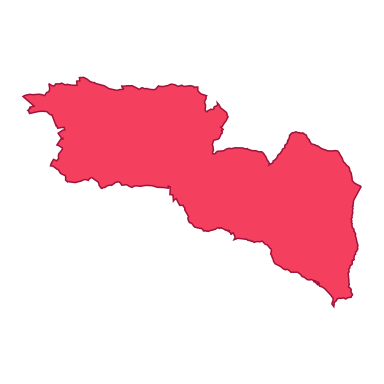 outline of Covasna, Covasna, Romania
{"feature_id": "2599482B78914670326666", "entity_name": "Covasna", "entity_type": "district", "adm_level": 2, "iso_a3": "ROU", "parent_name": "Romania", "parent_adm1": "Covasna", "projection": "albers", "projection_center": [26.263, 45.799], "detail": "fine", "context": "isolated", "style": "filled", "palette": "rose", "viewbox_px": 384, "rotation_deg": 0, "n_neighbors": 0, "source": "geoboundaries", "source_scale": "gbopen_adm2", "svg_char_len": 5955}
<svg xmlns="http://www.w3.org/2000/svg" viewBox="0 0 384 384"><path d="M333.8,306.6L334.2,303.9L334.0,302.8L336.5,300.5L337.0,298.9L339.0,298.3L341.9,298.3L343.4,297.7L345.1,298.8L346.2,298.9L347.3,297.8L351.2,297.2L351.4,296.2L352.5,295.0L352.5,294.5L350.8,291.7L351.2,290.8L351.1,289.2L349.9,287.8L348.5,286.9L349.3,284.2L348.8,282.3L348.9,280.4L348.1,272.9L349.1,271.9L348.7,269.3L349.7,268.2L350.2,265.5L351.4,265.0L352.2,264.1L352.2,260.5L353.5,260.2L354.2,259.5L353.9,258.2L354.4,255.2L355.5,254.3L355.7,251.8L356.7,251.3L357.0,250.1L357.8,249.0L357.4,246.8L357.9,246.0L357.9,245.1L357.2,243.2L355.9,237.2L355.3,235.8L355.7,234.1L354.2,231.3L353.7,231.0L354.1,229.9L353.7,228.9L352.3,227.5L351.9,224.5L352.2,223.4L351.3,222.2L351.8,221.1L351.8,220.4L351.0,219.1L352.1,217.8L351.9,215.4L352.3,214.8L352.5,213.4L352.8,212.8L352.4,210.6L353.0,208.5L352.4,207.2L353.2,206.1L352.8,205.5L353.2,204.2L353.5,201.1L354.2,199.3L361.0,186.8L359.8,185.6L358.5,185.3L354.3,182.9L352.5,180.9L352.1,179.7L352.1,178.1L351.2,173.1L349.7,170.5L349.6,168.8L349.3,167.9L348.5,166.7L346.3,165.1L345.6,163.8L343.7,162.0L343.1,161.0L342.2,158.2L339.6,153.9L339.3,153.0L337.7,151.0L335.4,150.6L330.9,151.0L327.9,150.8L321.6,148.6L317.5,145.8L316.6,145.8L315.2,144.9L311.2,143.8L310.2,141.8L309.4,141.2L309.5,140.0L307.1,137.7L306.5,135.5L306.0,134.9L303.9,133.8L303.6,133.2L303.0,133.3L302.5,132.9L300.7,133.3L299.7,132.6L298.6,132.8L295.8,131.8L294.1,132.6L292.3,132.7L291.4,133.7L290.7,133.9L290.2,134.9L289.5,135.3L289.6,136.1L288.8,139.2L287.7,140.3L288.0,141.2L287.2,142.0L287.4,143.1L284.8,145.3L284.7,146.1L285.0,147.5L284.8,147.8L282.5,149.1L281.7,151.5L280.7,152.3L280.4,153.3L279.3,153.9L277.9,155.2L276.8,158.0L274.5,160.2L273.2,160.9L272.9,162.7L269.0,164.9L269.5,163.5L267.7,160.5L267.1,160.0L265.9,156.8L264.1,154.4L263.8,153.6L261.8,151.8L258.4,151.7L255.9,150.7L252.0,150.6L248.2,149.4L247.4,148.6L246.1,148.9L244.0,148.6L243.2,148.0L236.6,147.8L234.3,147.9L231.9,148.6L228.7,148.3L226.1,149.2L223.6,150.8L217.4,151.3L215.9,152.4L215.8,153.0L215.3,153.5L214.5,153.8L213.6,154.0L212.7,153.6L212.7,151.9L213.5,150.3L213.3,149.5L213.1,147.0L212.3,144.3L212.8,143.3L213.1,141.8L213.8,140.2L218.0,139.2L219.1,138.5L221.1,134.1L222.1,133.3L222.2,131.6L221.5,130.4L222.8,129.9L223.2,129.3L222.0,128.6L221.6,127.5L220.9,127.1L222.2,126.5L224.7,122.4L225.5,121.7L228.0,117.0L228.0,116.5L227.0,115.4L227.1,114.0L226.8,113.1L225.8,111.9L220.6,107.8L219.1,104.9L217.3,102.8L217.6,104.6L217.2,105.4L216.9,105.8L214.5,106.6L213.9,107.5L214.0,108.6L213.7,109.2L211.9,109.5L210.7,109.2L209.7,110.0L208.0,110.6L206.9,111.9L206.5,111.7L205.2,110.4L205.2,108.7L205.5,107.3L205.5,104.6L204.8,103.4L204.6,102.6L205.0,100.5L206.1,98.8L206.0,96.7L206.6,95.7L201.4,94.1L199.8,92.9L197.8,90.7L197.8,87.0L195.5,87.1L194.4,87.5L194.3,87.1L193.2,86.3L190.4,85.7L184.4,86.4L183.3,86.2L181.8,85.2L178.0,86.4L174.8,84.7L171.2,84.1L167.6,85.6L163.3,86.5L160.0,86.4L158.4,85.9L155.5,89.3L153.5,89.7L148.9,89.2L146.9,88.5L144.8,88.8L142.3,87.7L141.2,88.0L139.5,89.4L132.1,85.7L126.9,85.8L124.6,86.2L121.8,86.0L122.2,87.5L123.5,88.5L123.1,89.3L119.4,89.6L117.1,90.4L108.9,88.6L104.4,85.8L96.1,83.6L94.2,82.5L93.2,82.6L90.4,81.7L86.7,78.9L83.7,77.4L79.4,77.6L79.8,80.9L76.7,81.1L77.0,85.3L71.7,85.2L67.1,84.3L65.6,85.0L61.4,83.1L60.2,83.9L55.6,83.9L54.6,85.7L53.5,86.1L51.5,85.3L49.2,83.9L49.0,84.4L49.7,88.6L49.0,91.5L46.6,92.6L44.6,95.7L43.1,95.0L39.7,94.2L32.5,94.7L29.5,94.3L24.7,95.5L23.0,96.5L34.1,106.1L29.9,107.2L30.3,108.3L29.5,108.5L29.6,108.8L29.2,109.0L28.7,109.9L27.8,110.4L28.7,111.3L29.5,113.5L38.6,111.5L42.4,111.2L46.8,111.6L49.3,114.0L51.3,115.1L51.9,114.9L56.1,125.7L56.4,125.5L57.8,128.3L60.3,127.7L64.1,127.4L64.7,129.9L62.7,130.2L58.1,133.2L61.8,138.6L62.8,138.2L62.9,139.0L60.7,139.3L56.9,145.0L58.2,145.3L62.3,147.9L62.3,149.4L58.6,154.1L58.4,156.8L58.7,158.3L56.7,160.8L53.5,159.4L51.2,163.4L50.5,165.9L52.9,166.1L57.3,169.4L58.4,169.8L60.5,173.4L65.1,175.6L65.6,176.3L65.6,180.2L67.6,181.9L67.9,181.6L75.1,182.6L81.6,180.9L83.3,179.9L84.4,179.6L86.0,179.6L88.4,180.4L88.8,179.5L90.1,178.3L91.5,177.6L92.5,177.9L93.7,179.0L98.1,182.0L98.8,183.6L99.2,185.6L101.3,188.3L102.0,188.4L102.7,187.8L105.0,187.4L107.2,185.8L110.6,185.0L111.6,185.4L115.3,182.6L118.4,181.7L120.2,182.8L121.8,185.2L126.7,184.7L129.3,186.3L132.0,187.4L134.4,186.0L136.7,185.9L141.1,186.3L142.7,185.8L146.8,185.4L152.3,185.7L157.5,187.3L163.3,187.5L168.2,188.2L168.3,186.1L169.8,186.6L170.0,188.0L170.3,187.8L169.9,194.6L173.0,195.0L173.4,201.0L174.2,200.0L176.2,198.6L179.7,205.4L183.1,205.3L183.2,206.0L184.9,208.2L184.7,209.8L188.6,216.6L187.8,218.1L188.3,220.2L188.8,221.6L190.1,222.9L190.8,222.9L191.6,223.4L192.8,224.6L193.5,225.9L194.9,227.2L200.7,228.5L201.1,228.2L203.1,229.9L203.2,230.7L204.0,231.1L205.0,230.5L206.6,231.3L207.4,231.0L208.3,231.4L209.9,230.7L215.3,229.3L217.1,228.0L219.0,227.8L219.2,228.4L221.3,227.7L221.8,228.3L223.5,228.8L225.6,230.2L226.9,230.3L227.4,230.9L227.9,230.6L228.6,231.2L229.0,230.5L229.3,230.8L229.0,231.5L229.1,231.8L230.7,232.8L230.8,234.1L231.1,234.3L233.2,232.8L235.2,237.2L234.0,239.7L237.9,238.3L247.1,239.4L247.5,240.1L248.7,240.5L249.7,240.3L251.1,241.3L252.4,241.1L253.1,241.8L254.3,242.4L255.7,241.8L257.7,241.5L260.0,241.9L261.3,241.2L262.4,241.3L264.9,244.0L267.5,245.1L269.9,248.2L271.0,248.8L271.3,250.3L271.3,251.6L270.9,252.6L270.8,254.3L271.8,255.6L272.0,257.2L272.7,258.0L273.7,261.6L275.2,263.8L279.3,265.8L281.3,267.1L283.6,269.1L284.2,269.1L285.2,269.8L286.9,269.4L287.8,269.6L289.8,271.0L290.9,272.2L297.5,272.2L300.5,274.3L302.0,276.5L304.2,277.2L307.4,279.7L310.1,279.9L311.4,279.5L313.8,280.7L315.6,280.9L315.8,281.2L313.9,280.7L313.7,281.3L314.0,281.8L315.3,282.2L317.7,284.8L318.4,284.5L318.4,283.8L317.9,282.2L318.4,282.1L319.1,283.3L319.1,285.2L319.7,286.2L322.4,287.0L325.1,289.0L330.4,294.7L333.0,298.2L333.2,298.6L333.0,300.4L332.0,303.3L332.0,304.2L333.8,306.6Z" fill="#f43f5e" stroke="#9f1239" stroke-width="1.5"/></svg>